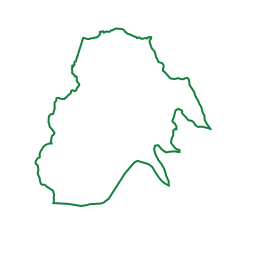 the Region of Ruvuma, rotated 107°
{"feature_id": "TZA-3389", "entity_name": "Ruvuma", "entity_type": "Region", "adm_level": 1, "iso_a3": "TZA", "parent_name": "United Republic of Tanzania", "parent_adm1": "", "projection": "natural_earth1", "projection_center": [36.042, -10.46], "detail": "fine", "context": "isolated", "style": "outline", "palette": "green", "viewbox_px": 256, "rotation_deg": 107, "n_neighbors": 0, "source": "natural_earth", "source_scale": "10m", "svg_char_len": 4071}
<svg xmlns="http://www.w3.org/2000/svg" viewBox="0 0 256 256"><g transform="rotate(107 128 128)"><path d="M35.9,135.6L35.4,135.3L35.0,134.6L34.7,133.8L34.4,132.9L34.4,132.4L34.5,132.4L35.8,132.1L36.5,132.3L37.1,132.8L38.8,132.7L40.3,131.9L44.9,128.5L47.4,124.5L51.3,122.3L55.9,118.2L56.1,114.1L57.4,112.5L59.2,111.7L61.2,111.8L63.1,111.3L63.8,109.2L68.2,102.0L67.7,98.0L65.6,94.4L65.8,91.4L65.0,89.2L63.8,87.9L62.8,86.2L63.3,84.5L65.1,83.4L69.0,81.6L74.2,75.2L77.6,73.0L82.3,68.1L84.3,66.6L85.9,64.6L87.9,63.2L90.4,61.8L92.3,60.2L93.9,58.4L96.1,57.8L98.1,56.9L101.3,53.5L104.7,49.0L104.9,49.6L104.6,50.2L104.6,51.2L104.8,52.5L105.0,56.9L105.6,59.1L106.5,61.2L105.7,64.3L103.5,66.6L102.7,68.5L102.5,70.4L103.0,71.7L102.6,73.1L100.8,75.7L98.5,80.0L97.4,81.0L96.3,81.0L95.4,81.8L95.0,85.6L97.4,87.7L104.8,87.3L106.7,87.7L108.6,87.5L109.5,86.2L110.0,84.6L112.4,82.1L114.8,81.4L114.6,82.1L115.0,82.6L115.5,82.5L115.8,83.0L117.2,84.0L121.9,82.6L125.1,83.2L129.5,82.5L129.8,82.2L131.2,80.5L133.6,76.7L134.1,75.1L134.0,72.3L135.1,72.0L135.7,71.6L136.4,73.4L136.4,75.4L138.0,80.1L140.2,84.7L138.5,89.7L135.6,94.0L137.0,97.0L140.6,96.9L145.5,93.8L149.8,89.5L152.9,85.2L156.4,81.6L160.7,78.5L162.4,77.6L167.1,73.5L171.1,72.2L170.4,75.9L169.1,79.5L166.8,83.4L162.7,88.5L158.3,93.2L156.9,96.6L156.5,100.3L156.7,104.9L156.6,109.3L159.2,111.9L172.1,117.6L201.7,125.9L204.2,128.0L205.8,129.0L207.2,130.4L208.6,132.9L209.1,134.3L209.5,135.7L210.8,138.5L211.6,141.4L212.5,143.0L213.7,144.5L216.3,150.2L218.0,162.8L221.6,177.4L220.4,177.4L217.4,178.0L216.9,178.6L216.4,178.8L214.3,178.9L213.4,179.2L210.0,181.3L209.7,181.9L209.5,182.8L208.7,185.6L208.2,186.4L208.3,187.5L207.0,190.1L206.7,191.5L206.9,192.3L207.2,193.1L207.3,193.8L206.9,194.7L206.2,195.4L205.1,196.2L201.2,198.2L198.9,200.4L197.9,201.0L196.7,201.3L195.0,201.3L193.9,201.5L191.9,202.7L190.8,203.0L190.2,203.3L189.8,204.1L189.5,204.9L189.2,205.6L188.7,206.0L188.4,206.2L187.4,206.4L186.1,206.4L183.5,205.6L183.1,205.3L182.1,204.2L181.5,203.8L181.0,203.9L180.6,204.1L180.2,204.4L179.7,204.7L177.7,204.9L175.4,204.6L170.9,203.4L169.0,202.4L167.2,200.6L165.7,198.5L165.1,196.6L164.2,197.2L163.8,197.6L163.3,197.8L158.3,198.4L157.6,198.2L156.2,197.2L155.2,197.1L154.7,196.8L153.8,197.2L151.4,200.4L149.9,202.9L149.4,203.4L148.8,203.8L146.8,204.7L146.3,205.2L146.0,205.6L145.6,205.8L144.2,206.0L143.4,206.3L140.1,207.0L139.2,206.8L137.8,206.1L137.5,205.9L137.2,205.6L136.9,204.2L136.4,203.8L130.2,203.8L130.0,204.0L129.7,204.3L129.3,204.5L127.7,204.8L125.7,205.5L124.9,205.6L124.4,205.4L123.6,204.8L122.9,204.7L120.7,205.1L120.1,204.6L119.6,203.5L119.5,202.2L119.8,201.3L119.5,200.0L119.3,198.6L119.0,197.5L118.2,197.0L117.7,196.9L117.3,196.6L117.0,196.1L116.5,195.7L116.0,195.5L114.8,195.1L114.3,194.9L112.4,193.5L111.3,192.9L110.5,193.0L109.5,193.3L108.5,192.7L108.0,191.6L108.5,190.2L107.6,188.9L106.9,188.5L104.9,188.5L104.5,188.4L103.0,187.7L100.8,187.2L100.1,187.8L98.5,190.2L97.5,191.0L94.8,191.6L93.9,192.3L94.3,193.6L93.6,194.1L93.0,194.9L92.6,195.8L92.2,197.1L91.7,197.5L88.8,198.3L87.5,199.1L86.6,198.9L85.8,198.5L85.2,198.5L85.1,199.6L84.5,199.4L84.3,199.0L84.1,198.6L83.9,198.1L83.4,197.7L83.1,197.7L82.9,197.8L82.6,197.9L82.6,198.0L81.9,198.3L81.6,198.3L80.3,198.3L79.8,198.1L79.5,197.7L79.4,197.3L77.1,197.4L54.9,197.2L54.8,196.6L54.8,193.4L54.7,192.5L54.4,191.8L54.2,191.2L54.1,190.8L53.8,190.4L53.3,189.9L52.8,189.2L52.4,187.5L51.4,186.6L51.2,186.1L50.8,184.8L49.8,183.8L48.5,183.0L46.2,182.1L45.7,182.1L45.3,182.2L44.7,182.9L44.3,183.0L44.0,182.5L42.8,180.0L43.1,179.8L43.6,179.4L43.9,179.2L43.9,178.8L43.0,178.2L42.3,177.3L41.9,176.1L41.7,174.7L41.5,174.1L41.2,173.6L40.8,173.3L39.8,173.0L39.6,172.6L39.4,172.1L39.1,171.5L36.6,169.0L36.2,167.9L36.0,166.4L35.3,163.8L35.1,162.5L35.3,161.0L36.4,159.4L36.9,158.7L37.9,156.1L38.0,155.5L38.0,152.7L38.7,148.9L38.5,147.2L38.8,146.7L39.4,146.1L39.3,145.3L39.0,144.9L38.6,144.6L38.4,144.3L38.3,144.0L38.0,143.4L38.7,142.1L38.6,140.7L38.1,139.5L37.0,137.9L36.8,137.6L36.9,136.4L36.7,135.7L36.4,135.5L35.9,135.6Z" fill="none" stroke="#15803d" stroke-width="2"/></g></svg>